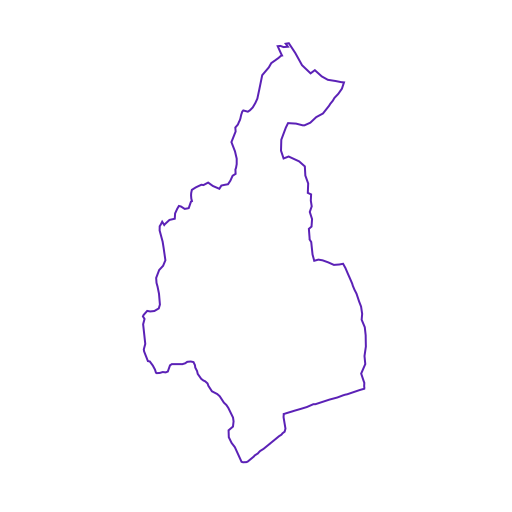 the district of Mamou, Mamou, Guinea, rotated 343°
{"feature_id": "49546643B72815389499799", "entity_name": "Mamou", "entity_type": "district", "adm_level": 2, "iso_a3": "GIN", "parent_name": "Guinea", "parent_adm1": "Mamou", "projection": "equal_earth", "projection_center": [-11.801, 10.57], "detail": "fine", "context": "isolated", "style": "outline", "palette": "violet", "viewbox_px": 512, "rotation_deg": 343, "n_neighbors": 0, "source": "geoboundaries", "source_scale": "gbopen_adm2", "svg_char_len": 3159}
<svg xmlns="http://www.w3.org/2000/svg" viewBox="0 0 512 512"><g transform="rotate(343 256 256)"><path d="M387.1,121.1L390.9,115.7L388.4,114.7L383.2,111.9L376.2,108.5L371.4,103.5L366.6,95.5L361.6,97.3L355.8,87.0L352.9,73.3L349.6,62.1L346.5,61.7L347.7,65.2L343.5,64.3L340.7,62.2L338.1,61.7L338.8,67.2L339.2,70.2L339.5,71.9L338.5,71.8L335.4,73.2L327.0,76.0L323.4,79.4L314.8,84.9L307.9,97.6L303.3,105.9L300.0,109.6L296.3,113.0L292.8,114.9L290.4,115.6L286.4,113.1L285.1,113.9L283.3,116.4L282.7,117.4L281.3,119.9L280.1,121.6L279.0,122.7L277.1,125.0L273.8,127.1L272.9,131.0L265.8,139.9L266.5,149.8L266.0,157.3L264.4,162.5L262.7,165.8L261.6,167.3L260.5,171.5L257.1,172.4L253.5,176.5L250.2,179.2L247.0,178.8L243.5,178.5L240.6,181.0L235.2,176.4L231.7,171.8L226.5,172.8L224.6,171.9L220.3,172.5L218.4,172.8L214.0,174.0L212.4,176.9L211.6,179.1L210.9,182.3L210.9,182.6L210.8,184.8L209.7,185.0L205.7,190.5L204.7,190.5L201.6,190.1L198.7,186.7L196.9,185.6L194.5,187.8L191.1,191.6L189.2,196.6L183.8,196.2L178.0,199.0L177.3,199.5L176.3,195.8L174.1,198.1L172.6,199.4L171.3,203.4L170.9,215.0L170.0,221.4L168.1,233.6L164.3,238.2L159.3,241.1L154.1,247.8L153.0,252.6L152.9,256.5L152.2,263.7L149.9,274.4L147.7,277.7L142.7,278.9L138.6,278.1L135.9,276.7L131.3,279.5L130.2,280.7L131.0,283.6L128.1,288.3L124.4,307.7L121.4,312.5L121.1,314.5L121.9,324.9L123.6,325.8L125.3,330.6L126.2,335.2L126.2,338.3L126.8,339.0L129.8,339.7L132.9,339.7L135.6,340.9L137.9,340.7L141.8,335.4L144.0,334.8L153.9,337.9L156.9,337.9L159.3,337.1L162.7,337.8L164.0,338.5L165.2,339.2L165.7,342.6L165.3,344.9L166.0,348.8L165.8,351.7L167.7,357.5L169.3,359.7L170.7,360.9L172.4,363.7L172.5,366.2L174.3,372.5L178.6,376.7L180.3,379.5L182.4,386.8L184.1,389.8L185.1,393.1L186.8,403.8L186.2,407.6L184.1,412.4L178.8,414.7L177.0,421.4L178.0,427.6L179.9,432.7L182.0,448.6L183.2,449.4L183.4,449.5L186.5,450.3L187.9,450.2L192.5,448.3L195.6,447.0L195.7,446.9L196.3,446.4L199.5,445.5L200.0,445.4L201.4,444.5L202.9,443.7L206.2,442.8L206.3,442.8L206.7,442.7L225.5,435.0L228.1,434.3L229.5,433.3L230.6,432.9L231.4,432.6L232.0,432.4L233.7,429.7L235.2,418.4L235.6,417.1L235.9,416.5L236.3,415.2L248.1,415.2L254.3,415.3L260.5,415.3L267.5,414.5L269.4,415.1L274.4,415.0L284.4,414.8L292.4,415.1L295.5,414.9L298.6,414.7L300.4,414.7L300.8,414.7L302.6,414.9L302.9,414.9L315.8,414.5L316.4,414.5L320.7,414.6L321.1,413.7L321.4,412.0L322.0,410.4L322.5,408.9L322.4,407.2L322.2,399.2L328.9,391.3L330.5,383.4L334.6,374.7L336.3,368.7L337.7,363.9L339.2,355.9L338.4,347.8L340.6,342.4L341.7,335.1L341.3,329.6L341.1,321.4L340.3,316.9L339.9,312.8L339.9,310.4L339.3,305.0L338.7,300.1L338.0,293.6L337.0,288.9L333.3,288.5L327.9,287.3L323.2,283.2L318.4,279.6L314.6,277.7L310.3,277.6L310.5,271.1L311.8,264.4L312.9,258.8L312.1,255.8L312.4,254.9L314.5,245.5L317.7,244.1L320.4,237.1L320.3,229.6L323.8,224.8L324.6,219.1L326.7,213.2L324.0,210.8L327.1,201.9L326.7,193.5L328.9,184.6L324.9,178.1L316.3,170.4L310.9,170.8L310.7,162.6L314.2,152.2L322.1,141.9L325.5,138.3L333.0,141.1L338.9,144.7L340.6,145.2L346.9,144.4L354.2,140.8L361.7,139.3L369.8,133.7L371.5,132.2L374.8,130.0L377.3,127.7L382.1,125.0L387.1,121.1Z" fill="none" stroke="#5b21b6" stroke-width="2"/></g></svg>